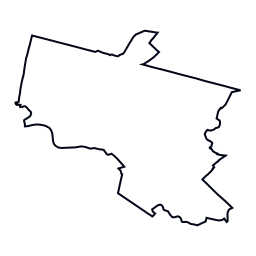 the district of Mogosani, Dâmbovita, Romania
{"feature_id": "2599482B27311535557827", "entity_name": "Mogosani", "entity_type": "district", "adm_level": 2, "iso_a3": "ROU", "parent_name": "Romania", "parent_adm1": "Dâmbovita", "projection": "natural_earth1", "projection_center": [25.391, 44.675], "detail": "fine", "context": "isolated", "style": "outline", "palette": "ink", "viewbox_px": 256, "rotation_deg": 0, "n_neighbors": 0, "source": "geoboundaries", "source_scale": "gbopen_adm2", "svg_char_len": 4639}
<svg xmlns="http://www.w3.org/2000/svg" viewBox="0 0 256 256"><path d="M157.5,32.7L157.4,32.7L144.8,30.7L137.5,33.8L135.5,34.7L135.3,35.2L134.7,35.7L133.6,36.7L132.9,37.8L132.2,38.8L131.7,39.8L130.4,41.8L129.5,43.2L127.3,47.1L125.3,50.5L124.6,51.7L123.8,52.8L123.2,53.7L122.0,54.1L121.0,54.5L119.5,55.0L119.2,55.4L118.3,56.2L117.3,56.2L115.9,55.9L114.4,55.5L113.3,55.1L111.9,54.5L110.9,54.7L110.0,55.2L108.4,54.2L106.3,53.7L102.6,52.7L100.1,51.6L97.9,50.7L95.6,51.8L95.2,51.9L84.0,49.0L81.4,48.3L79.6,47.8L53.7,41.1L53.4,41.0L32.8,35.7L32.1,35.5L32.0,35.8L30.2,43.1L29.3,46.7L29.2,46.7L29.1,47.2L29.0,47.3L29.0,47.7L28.9,48.0L28.7,48.4L28.7,48.6L28.6,48.9L28.6,49.1L28.5,49.6L28.4,49.9L28.4,50.0L28.3,50.3L28.2,50.6L28.2,50.9L28.1,51.2L28.0,51.5L27.9,51.7L27.9,51.8L27.8,52.2L27.2,54.8L26.4,57.5L26.3,57.8L26.2,57.9L26.1,58.1L25.4,62.6L25.0,64.8L24.8,66.0L24.7,66.4L24.7,66.9L24.3,69.5L24.0,71.4L24.0,72.3L23.9,73.0L23.8,73.4L23.5,75.1L23.4,75.5L23.4,75.8L23.2,76.0L22.8,77.7L22.3,79.6L21.7,82.2L21.4,83.9L21.1,85.6L20.7,87.4L20.2,91.4L19.9,93.6L19.8,94.1L19.4,96.2L19.1,97.5L18.9,99.5L18.7,100.9L18.5,102.3L16.5,102.3L15.9,102.3L15.4,102.8L15.5,103.2L15.8,103.2L16.0,104.2L17.0,104.2L17.0,104.9L18.4,104.9L20.5,104.9L20.0,106.4L20.2,107.1L20.9,107.1L21.7,107.0L22.5,106.8L23.0,106.6L23.4,106.4L23.8,106.3L24.0,106.3L24.4,106.3L24.8,106.3L25.3,106.4L25.7,106.6L25.9,106.7L26.6,107.3L28.7,109.9L30.7,111.7L31.2,113.5L30.2,116.1L27.9,117.8L25.8,119.0L24.2,120.1L24.1,121.4L24.9,123.8L24.9,126.4L28.4,126.1L31.6,125.2L33.9,124.8L36.2,124.5L39.6,124.6L42.5,125.1L45.5,125.8L47.3,126.8L49.3,127.9L50.9,129.9L52.0,132.5L52.5,134.8L52.8,138.9L53.2,141.7L53.9,143.8L55.5,145.8L58.1,147.4L61.4,148.0L64.8,147.8L75.2,147.4L79.4,146.7L81.4,146.4L85.5,147.0L87.3,147.6L89.7,148.5L91.5,148.5L92.6,148.4L94.1,148.0L98.3,149.1L103.6,149.8L106.9,154.3L108.6,154.8L111.6,153.7L114.5,156.1L117.5,159.0L121.6,163.6L124.3,166.7L118.5,168.5L119.7,169.8L120.8,171.0L121.1,172.5L121.6,174.1L122.2,174.3L121.5,177.2L120.5,181.6L118.0,193.2L120.6,195.0L129.9,201.3L136.4,205.7L143.0,210.2L144.1,210.9L147.3,213.2L149.8,214.7L151.7,216.0L152.4,216.5L152.7,216.3L155.1,213.5L152.9,211.7L152.1,209.4L153.1,208.7L155.4,207.0L157.7,205.4L159.1,204.8L160.6,204.7L161.9,205.5L163.0,207.1L163.5,209.4L164.6,210.2L168.0,211.3L170.3,215.0L172.4,217.2L174.6,217.3L177.0,216.5L178.3,216.4L179.7,217.1L181.2,219.1L181.7,221.4L182.5,222.0L183.2,222.1L185.9,221.8L188.5,222.5L190.4,223.8L194.8,224.6L197.2,225.3L198.5,224.7L199.5,224.3L205.7,221.4L206.5,217.8L208.1,218.2L212.6,219.2L216.2,220.0L217.7,220.3L218.9,220.4L220.1,220.4L221.1,220.2L222.1,219.9L223.1,219.4L223.6,219.0L224.2,218.5L225.4,220.3L226.7,222.0L227.6,221.2L227.5,213.3L228.5,210.3L229.6,209.2L232.3,207.9L229.4,205.1L224.9,200.7L224.7,200.7L224.4,200.5L224.0,200.0L217.5,194.3L211.7,188.6L207.1,184.0L202.4,179.5L204.6,177.2L206.7,175.3L208.0,174.3L209.7,172.6L210.6,171.7L212.7,169.4L212.5,169.1L213.2,168.5L213.0,168.2L214.2,167.1L213.0,165.4L217.4,161.7L218.6,160.9L218.8,160.3L221.3,158.5L224.7,156.2L225.7,155.7L225.8,155.6L222.3,155.2L219.2,154.8L218.4,154.6L217.3,154.2L217.5,153.9L217.6,153.6L216.3,153.2L214.6,152.3L213.8,151.8L212.7,150.9L212.3,150.2L212.0,149.6L211.8,149.2L210.7,148.7L209.9,148.2L209.7,147.8L209.8,147.6L210.0,147.3L211.0,146.9L211.4,146.5L211.4,146.0L211.5,145.8L211.5,145.5L211.6,145.3L212.2,143.3L212.3,142.9L212.0,142.5L210.6,141.7L210.4,141.3L209.7,140.8L209.4,140.9L208.5,140.5L208.2,140.1L207.8,139.9L207.5,139.9L207.1,139.5L206.2,138.3L206.0,137.7L205.8,137.0L205.6,136.4L205.1,135.3L204.8,134.4L204.9,133.7L205.0,133.6L205.0,133.2L205.3,132.9L205.4,132.5L206.1,131.7L206.2,131.3L206.3,131.0L206.4,130.9L206.8,130.6L207.1,130.2L207.5,129.9L207.8,129.9L208.1,130.0L208.6,130.3L209.1,130.4L209.7,130.5L210.6,130.6L211.3,130.4L214.0,129.5L215.7,128.1L216.1,127.9L217.2,127.8L217.6,127.6L218.0,127.4L218.5,127.2L218.8,127.0L219.1,126.5L219.3,126.0L219.7,124.9L219.9,124.5L220.0,123.8L220.0,123.3L220.0,121.6L219.7,120.9L219.5,120.4L218.7,120.0L217.8,119.4L217.2,118.7L216.9,118.6L216.6,118.5L218.2,111.5L219.1,110.0L219.4,109.7L220.9,107.9L221.2,108.1L221.4,108.3L221.6,108.2L222.1,107.7L222.8,107.3L225.5,104.6L226.6,102.5L228.6,98.6L231.8,92.2L235.6,91.3L240.6,90.3L231.0,87.8L224.0,85.9L214.7,83.5L205.0,81.0L196.1,78.4L190.1,76.9L185.5,75.7L183.4,75.2L173.0,72.4L162.0,69.5L157.7,68.5L151.5,66.9L147.7,65.8L142.5,64.4L143.9,64.0L145.9,62.6L147.8,61.5L149.7,60.2L154.0,57.0L156.6,54.5L159.0,52.0L156.6,50.0L153.7,47.2L149.3,43.0L150.5,41.6L151.5,40.0L152.8,38.6L153.0,38.6L153.6,37.6L155.1,35.8L156.5,34.1L157.5,32.7Z" fill="none" stroke="#020617" stroke-width="2"/></svg>